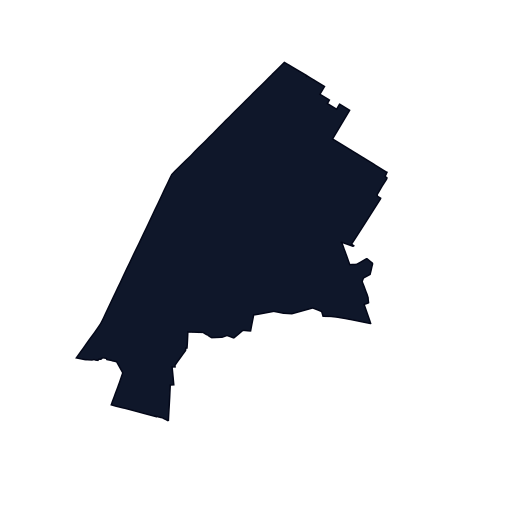 Negru Voda, Constanta, Romania, rotated 111°
{"feature_id": "2599482B98241930265461", "entity_name": "Negru Voda", "entity_type": "district", "adm_level": 2, "iso_a3": "ROU", "parent_name": "Romania", "parent_adm1": "Constanta", "projection": "albers", "projection_center": [28.293, 43.811], "detail": "fine", "context": "isolated", "style": "filled", "palette": "ink", "viewbox_px": 512, "rotation_deg": 111, "n_neighbors": 0, "source": "geoboundaries", "source_scale": "gbopen_adm2", "svg_char_len": 5288}
<svg xmlns="http://www.w3.org/2000/svg" viewBox="0 0 512 512"><g transform="rotate(111 256 256)"><path d="M277.9,124.8L275.3,126.9L262.5,137.7L262.1,137.4L261.9,137.1L261.3,136.3L260.7,135.6L260.1,134.9L259.4,134.2L258.9,134.3L258.1,134.8L257.5,135.1L256.4,135.7L255.5,136.1L255.1,136.3L254.8,136.4L254.3,136.8L253.9,137.1L253.6,137.4L253.4,137.5L252.9,137.9L252.0,138.6L250.2,140.3L245.6,144.3L242.7,147.0L241.8,147.7L241.4,147.8L238.1,147.8L237.9,147.7L233.7,144.1L232.3,142.9L231.7,143.0L230.8,143.1L228.3,143.4L224.4,144.0L222.4,144.2L221.8,144.3L221.1,144.6L220.9,144.9L220.0,147.8L218.8,151.3L218.8,151.5L219.1,152.0L222.1,154.4L224.5,156.3L226.0,157.6L227.1,158.5L227.5,158.9L227.8,159.2L228.2,160.1L228.3,160.3L228.4,160.5L228.5,160.7L229.5,163.2L230.5,165.4L228.7,166.9L227.5,168.0L226.5,168.8L225.2,169.9L223.2,171.6L222.0,172.7L220.8,173.7L220.0,174.4L219.0,175.3L217.9,176.3L216.9,177.1L216.2,177.7L215.4,178.4L215.0,178.7L214.7,179.0L214.2,179.5L213.6,180.0L213.2,180.4L212.9,180.8L212.6,181.3L212.5,181.2L212.4,179.2L212.4,177.8L212.3,174.8L212.2,171.2L212.2,170.0L212.2,169.3L212.1,169.0L212.0,168.8L211.8,168.6L211.6,168.4L211.4,168.4L211.4,168.5L210.7,171.1L205.2,169.9L185.9,165.9L158.3,160.3L157.4,160.3L156.8,163.5L156.6,163.9L156.3,164.3L156.0,164.5L155.5,164.8L155.1,164.9L151.7,164.3L145.4,163.3L139.3,162.0L138.4,161.8L137.4,161.7L137.1,161.6L136.6,161.7L136.4,161.7L136.2,161.7L136.0,161.9L135.9,162.2L135.8,162.6L135.7,163.5L135.3,163.9L135.0,164.0L134.6,164.0L132.9,163.8L132.5,163.8L132.1,163.8L131.8,163.8L131.4,163.8L131.0,163.7L130.9,163.7L130.9,164.4L130.8,165.0L130.4,167.3L129.7,170.9L129.3,173.0L128.9,175.1L128.6,176.9L128.2,178.4L127.9,179.9L126.8,185.9L123.4,204.3L121.3,215.5L119.3,226.5L86.5,220.8L86.4,220.8L84.7,230.0L84.3,232.1L84.3,232.4L90.1,233.3L88.1,244.0L84.1,243.4L82.1,254.3L73.2,252.8L72.2,258.4L71.2,263.9L70.2,269.5L69.6,272.5L70.3,273.2L69.9,273.4L69.8,273.7L69.6,273.8L69.3,273.7L67.3,285.8L66.9,288.1L65.1,298.9L70.5,301.3L75.6,303.6L80.5,305.9L81.0,306.0L84.2,307.5L84.6,307.7L89.7,309.9L94.8,312.2L99.9,314.6L104.9,316.9L108.3,318.3L114.8,321.3L117.6,322.5L122.7,324.8L127.7,327.1L132.0,329.0L136.0,330.7L140.1,332.7L144.4,334.5L148.6,336.4L152.8,338.2L157.1,340.0L161.3,342.0L165.6,343.8L169.8,345.7L174.0,347.7L175.3,348.3L179.8,350.3L186.0,352.8L191.8,355.6L196.8,357.9L201.9,360.2L206.0,362.1L210.2,363.8L214.3,364.2L219.9,364.6L225.4,365.1L228.0,365.3L231.2,365.5L236.8,365.9L242.4,366.3L247.8,366.8L253.4,367.2L258.8,367.6L264.4,368.0L269.6,368.4L275.3,368.9L280.6,369.3L286.2,369.7L291.5,370.2L297.1,370.7L302.4,371.1L308.0,371.5L313.4,372.0L318.9,372.4L320.0,372.5L324.4,372.8L329.1,373.1L334.7,373.6L340.3,374.0L345.1,374.4L350.6,374.8L355.8,375.2L358.4,375.4L358.5,375.4L363.7,375.8L368.5,376.1L371.7,376.4L375.1,376.8L380.6,378.1L385.9,379.4L391.2,380.9L394.1,381.7L396.5,382.3L398.8,382.9L404.2,384.2L407.8,385.2L412.1,386.3L415.5,387.2L414.0,378.3L413.2,376.1L412.0,372.3L411.8,371.8L410.9,370.5L410.7,369.7L410.6,369.3L410.6,369.0L410.6,368.1L410.3,367.2L410.2,366.7L410.1,366.2L408.9,365.8L408.7,365.7L408.4,365.1L408.3,364.7L408.1,364.2L408.0,363.9L407.8,363.7L407.5,363.5L407.3,363.4L406.9,363.2L406.5,363.1L406.2,362.9L405.7,361.7L405.2,359.1L406.1,358.1L405.3,353.5L405.3,353.3L405.3,353.0L405.3,352.4L405.2,351.8L405.2,351.7L405.1,351.3L405.0,350.7L404.9,350.2L404.9,349.6L404.8,349.3L404.8,348.9L404.6,348.3L408.7,343.4L412.8,338.5L416.0,338.4L420.6,338.2L423.2,338.1L425.4,338.1L428.1,338.0L431.6,338.0L434.5,338.0L438.4,337.9L440.1,337.9L442.2,337.9L443.3,337.9L445.6,337.8L446.4,337.8L446.8,337.8L446.4,333.0L445.4,325.2L445.2,324.3L444.7,319.8L443.9,312.2L443.1,304.2L441.9,292.9L441.8,293.1L441.7,293.0L441.6,292.9L441.6,292.4L441.4,291.4L441.3,290.9L441.2,290.3L441.2,289.6L441.1,288.9L441.0,288.3L440.9,287.9L440.9,287.5L440.9,287.0L440.8,286.7L440.7,286.3L440.7,286.0L440.6,285.4L440.6,285.2L440.6,284.9L440.7,284.5L440.8,283.9L440.8,283.6L440.9,283.0L440.9,282.4L440.9,281.7L441.0,281.4L441.0,280.8L441.2,280.2L441.2,279.8L441.2,279.5L441.3,279.2L441.3,278.8L441.4,278.7L435.0,280.8L424.3,284.2L418.7,286.0L413.6,287.7L407.2,289.8L405.7,286.6L396.2,291.3L394.2,292.3L392.0,293.4L389.7,294.6L388.5,291.8L387.3,292.5L387.2,292.5L384.9,292.0L382.1,291.3L378.1,290.2L374.2,289.2L369.5,287.9L367.0,288.6L366.7,287.5L366.1,287.6L362.2,288.8L359.7,289.6L355.2,291.1L351.4,292.4L350.5,290.0L348.8,285.2L348.0,282.8L346.4,278.3L346.3,277.9L346.4,277.6L347.0,274.6L347.1,273.8L347.0,272.7L347.4,271.9L347.7,270.6L348.1,268.4L348.1,268.1L347.0,265.5L345.0,260.9L344.1,258.9L344.0,258.6L343.1,257.5L341.1,255.2L340.7,254.7L340.6,254.4L340.5,252.1L340.5,248.9L340.5,248.0L340.5,247.7L340.4,247.4L340.2,247.2L335.4,244.5L330.6,241.9L330.3,241.6L330.0,241.1L329.6,240.0L328.8,237.1L328.1,234.7L327.9,234.2L321.9,235.3L311.6,237.1L311.3,236.0L309.4,232.8L306.9,228.7L301.3,219.6L300.5,215.2L299.6,209.8L299.5,209.6L297.1,202.0L296.9,201.6L284.3,184.6L284.2,183.7L284.2,181.0L284.2,178.5L284.3,175.9L284.3,175.3L284.6,174.6L284.8,174.4L288.2,171.8L287.9,171.1L287.6,170.1L287.3,169.1L287.0,168.4L285.6,164.5L284.3,159.6L283.7,157.0L283.5,155.8L282.3,150.0L281.6,145.9L281.4,145.3L281.4,145.2L281.0,142.8L280.1,137.4L279.0,130.8L278.0,124.9L277.9,124.8Z" fill="#0f172a" stroke="#020617" stroke-width="1.5"/></g></svg>